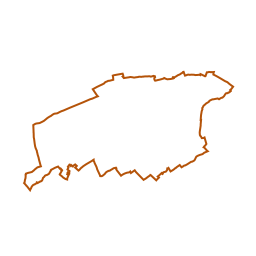 the district of Bunesti-Averesti, Vaslui, Romania, rotated 265°
{"feature_id": "2599482B4031189184546", "entity_name": "Bunesti-Averesti", "entity_type": "district", "adm_level": 2, "iso_a3": "ROU", "parent_name": "Romania", "parent_adm1": "Vaslui", "projection": "orthographic", "projection_center": [27.962, 46.8], "detail": "fine", "context": "isolated", "style": "outline", "palette": "amber", "viewbox_px": 256, "rotation_deg": 265, "n_neighbors": 0, "source": "geoboundaries", "source_scale": "gbopen_adm2", "svg_char_len": 5583}
<svg xmlns="http://www.w3.org/2000/svg" viewBox="0 0 256 256"><g transform="rotate(265 128 128)"><path d="M160.0,236.3L162.8,233.1L165.0,231.0L166.2,228.8L169.1,224.8L171.0,222.1L172.6,219.7L173.8,217.7L175.3,218.0L176.3,218.4L176.3,217.9L176.3,217.3L176.1,217.2L176.3,216.9L176.3,216.1L176.5,215.7L176.4,215.1L176.6,214.6L176.8,213.5L176.7,213.3L176.5,212.1L176.6,211.7L176.6,211.4L174.9,210.6L174.2,210.4L173.8,210.0L173.1,209.8L172.9,209.7L172.8,209.3L174.8,206.0L175.4,204.9L174.4,204.6L174.6,204.2L174.8,203.4L174.8,201.0L174.9,199.5L175.3,198.4L175.4,197.5L175.6,195.9L175.6,193.9L175.9,193.0L175.9,192.4L175.8,191.6L175.6,191.1L175.4,190.3L175.4,189.9L175.2,189.4L176.3,189.0L179.1,188.3L179.0,187.7L178.2,186.9L177.6,185.5L177.1,184.8L176.6,183.5L176.2,182.2L175.3,180.6L174.5,178.8L174.4,178.4L174.8,177.3L174.7,177.2L173.6,177.8L173.5,177.5L173.3,177.0L173.3,176.8L173.3,176.4L173.3,175.8L173.2,175.6L173.1,175.2L173.1,171.8L173.1,171.4L173.9,169.6L174.6,168.7L174.7,168.4L174.2,167.9L174.0,166.9L173.9,166.3L173.7,165.7L173.7,165.2L173.4,163.9L173.3,163.0L173.2,162.1L172.8,159.7L172.8,159.1L173.5,158.7L174.4,158.5L174.6,158.6L175.3,158.5L175.9,158.8L176.1,158.8L176.3,159.4L177.2,159.3L177.7,157.9L177.3,156.2L177.2,155.2L177.3,154.8L177.5,154.5L177.7,153.7L177.7,152.2L177.8,151.1L177.9,150.0L177.9,148.0L177.8,147.7L177.9,147.3L177.8,145.6L178.0,144.6L178.1,143.3L177.9,142.5L177.8,139.7L177.7,139.3L177.7,138.9L177.7,138.3L178.0,137.4L178.1,137.0L178.6,134.9L178.5,133.7L178.4,133.4L178.4,132.9L178.3,131.1L178.1,128.2L179.6,127.2L179.7,127.6L179.8,127.9L181.1,127.8L182.6,127.4L181.8,118.6L181.5,117.4L179.3,117.6L177.3,117.5L176.7,113.9L176.7,113.5L176.7,112.3L176.4,111.7L176.0,110.5L175.8,109.7L175.4,109.0L175.2,108.7L174.6,108.3L174.2,107.5L171.6,100.6L169.7,96.3L167.0,97.8L163.4,99.8L162.2,100.7L161.7,98.8L160.3,94.8L160.3,94.4L160.1,93.8L160.1,93.6L160.0,93.0L157.5,85.5L153.2,71.7L151.0,65.1L150.6,63.4L149.9,61.4L149.0,59.3L148.8,58.7L148.7,57.1L148.7,56.3L148.5,55.4L148.0,54.3L147.4,53.3L146.7,52.2L146.2,50.9L145.0,48.6L144.5,47.9L143.6,46.6L142.4,44.8L142.2,44.3L141.7,43.2L141.3,42.1L140.7,40.6L140.6,40.2L140.5,37.6L140.4,36.7L140.2,36.0L139.7,34.9L139.2,33.9L134.4,33.7L132.5,33.6L132.1,33.5L131.6,33.6L126.9,33.3L125.3,33.5L120.2,33.7L117.7,33.9L115.8,34.3L113.2,35.2L112.1,35.2L111.4,35.4L109.1,35.7L106.5,36.3L104.0,36.6L101.9,37.0L98.5,37.6L97.4,37.9L96.8,35.0L96.8,34.7L96.6,34.2L94.8,31.5L94.0,30.6L93.3,29.5L92.6,28.5L92.3,26.9L92.0,24.6L91.6,23.0L91.5,22.5L91.4,22.3L90.6,22.2L90.2,21.8L89.7,21.9L89.2,21.9L86.9,21.5L85.2,20.8L82.7,20.2L82.2,19.7L80.1,21.3L79.5,21.6L78.9,22.2L74.6,25.0L75.2,25.3L76.3,26.1L78.0,27.0L79.2,28.2L79.6,28.8L79.9,29.7L79.9,29.8L79.9,30.1L80.2,30.5L80.8,31.6L81.2,32.3L80.9,32.5L81.0,33.0L81.5,32.9L81.4,33.1L81.6,33.7L81.7,34.5L82.0,35.4L82.3,35.7L82.5,36.0L82.5,36.8L82.7,37.2L83.3,37.9L83.6,38.0L83.9,38.2L84.7,38.6L85.6,38.9L86.9,40.5L87.7,41.1L88.0,41.7L88.4,43.6L88.9,44.5L89.3,45.3L90.0,45.8L90.7,46.2L91.2,46.7L91.7,46.9L92.3,47.5L92.8,47.5L93.0,47.7L93.2,48.0L93.5,49.0L94.7,51.7L95.0,52.7L95.3,53.6L95.4,54.1L95.7,55.0L93.6,56.4L93.7,56.6L93.4,56.8L93.6,57.2L93.6,57.3L92.1,58.4L92.0,58.1L91.7,57.9L91.2,58.4L90.1,57.6L89.0,56.9L87.8,55.9L87.5,56.0L85.5,58.1L84.4,59.0L83.0,60.8L82.6,61.4L82.0,62.9L82.8,63.0L83.4,63.2L86.3,64.7L87.2,63.4L87.7,63.7L86.8,65.0L87.6,65.4L88.2,64.4L88.7,63.9L89.0,64.1L88.5,64.7L88.1,65.5L88.8,65.6L90.2,66.0L90.7,65.4L91.9,64.1L93.0,64.8L93.1,64.7L94.1,65.3L94.7,64.8L96.5,66.4L95.2,67.6L96.1,68.1L94.5,69.7L95.4,70.5L95.6,71.0L95.8,71.3L96.3,72.2L94.7,73.7L94.2,73.3L93.6,72.4L93.2,71.9L89.9,75.0L90.4,75.8L91.9,77.3L92.4,78.0L92.7,78.3L92.8,78.7L93.8,80.0L95.6,83.3L98.0,88.4L98.4,89.3L98.9,90.0L99.4,91.0L98.4,91.0L97.8,91.1L97.3,91.4L96.0,91.7L92.3,93.1L90.8,93.5L90.0,93.6L89.0,93.9L83.5,95.9L82.8,96.0L82.5,96.1L82.4,97.0L82.3,97.6L82.4,97.9L82.7,98.6L84.2,100.8L85.0,101.5L86.1,102.7L86.7,104.2L87.0,104.7L87.0,105.5L87.2,106.4L87.6,106.9L88.0,107.9L89.2,110.2L89.5,112.6L88.9,112.9L88.7,112.7L88.1,112.6L86.8,113.2L85.0,114.4L81.1,116.9L81.5,117.5L82.2,118.9L82.9,120.6L83.5,122.8L83.6,123.5L83.7,125.1L83.8,125.5L84.2,126.2L84.4,126.4L82.9,127.0L85.3,131.0L83.4,132.1L75.0,139.0L75.3,139.5L76.0,141.1L77.7,143.8L78.6,145.4L79.0,146.0L79.3,146.2L79.2,146.4L73.4,151.6L74.2,152.4L75.9,154.5L77.1,153.4L78.1,154.9L80.2,157.6L79.2,158.3L79.4,158.6L80.1,158.2L80.9,159.8L81.1,161.2L81.3,162.0L82.7,163.3L83.9,163.5L84.4,163.7L84.3,164.0L84.4,164.7L84.6,164.9L81.0,166.6L82.1,168.9L83.1,170.6L83.5,171.1L83.9,171.6L83.9,171.8L84.0,172.1L84.4,172.7L84.6,172.8L86.6,176.3L84.2,177.9L85.0,179.6L85.5,180.3L85.7,180.9L85.7,181.3L85.8,181.9L86.7,183.9L88.5,187.3L88.8,187.9L88.9,189.1L89.7,190.9L90.4,191.7L92.3,192.8L93.4,193.5L93.6,193.7L94.4,195.5L94.9,197.1L95.5,200.0L96.7,201.7L97.9,205.4L98.6,204.7L102.0,202.2L102.2,201.7L102.9,202.2L104.0,203.6L104.6,204.0L105.3,204.7L111.9,203.4L111.4,202.2L111.5,200.6L113.3,199.9L113.6,199.5L114.7,199.0L117.1,199.0L118.7,199.3L124.0,200.6L125.3,200.7L129.7,201.5L129.7,201.1L134.5,201.9L138.4,202.9L140.3,203.8L140.8,203.7L141.4,203.7L141.8,204.1L142.2,204.4L143.6,205.2L144.6,206.7L145.6,207.9L146.8,210.4L147.3,211.1L147.9,211.4L148.3,212.2L148.8,213.5L149.2,214.6L149.1,215.1L149.6,220.0L149.3,220.3L148.7,221.2L148.8,221.5L149.1,221.8L149.8,223.3L150.0,224.0L150.0,224.7L151.3,226.4L152.9,227.6L153.7,228.3L154.1,228.9L154.0,230.3L154.1,230.5L154.5,230.9L154.6,231.8L155.0,232.2L155.2,232.8L155.7,233.2L155.9,233.7L156.2,233.7L156.9,233.1L157.8,234.3L160.0,236.3Z" fill="none" stroke="#b45309" stroke-width="2"/></g></svg>